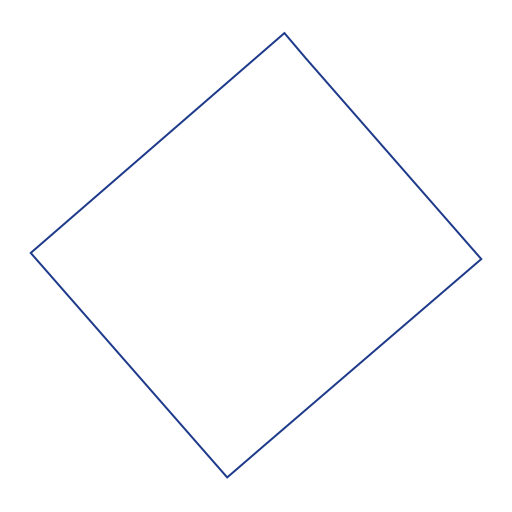 Saline, Illinois, United States of America (Robinson projection), rotated 229°
{"feature_id": "52423323B73241323723965", "entity_name": "Saline", "entity_type": "district", "adm_level": 2, "iso_a3": "USA", "parent_name": "United States of America", "parent_adm1": "Illinois", "projection": "robinson", "projection_center": [-88.57, 37.753], "detail": "fine", "context": "isolated", "style": "outline", "palette": "blue", "viewbox_px": 512, "rotation_deg": 229, "n_neighbors": 0, "source": "geoboundaries", "source_scale": "gbopen_adm2", "svg_char_len": 248}
<svg xmlns="http://www.w3.org/2000/svg" viewBox="0 0 512 512"><g transform="rotate(229 256 256)"><path d="M107.6,136.3L105.9,424.0L372.6,423.3L405.6,423.7L406.1,88.0L107.8,89.0L107.6,136.3Z" fill="none" stroke="#1e3a8a" stroke-width="2"/></g></svg>